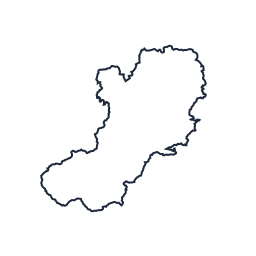 Trang Dinh, Lạng Sơn, Vietnam, rotated 291°
{"feature_id": "81297802B55237865359696", "entity_name": "Trang Dinh", "entity_type": "district", "adm_level": 2, "iso_a3": "VNM", "parent_name": "Vietnam", "parent_adm1": "Lạng Sơn", "projection": "albers", "projection_center": [106.413, 22.302], "detail": "fine", "context": "isolated", "style": "outline", "palette": "slate", "viewbox_px": 256, "rotation_deg": 291, "n_neighbors": 0, "source": "geoboundaries", "source_scale": "gbopen_adm2", "svg_char_len": 5855}
<svg xmlns="http://www.w3.org/2000/svg" viewBox="0 0 256 256"><g transform="rotate(291 128 128)"><path d="M143.2,186.5L144.7,187.6L146.3,187.9L147.1,188.5L148.9,189.3L149.3,191.3L150.1,191.8L151.5,190.4L153.3,189.8L154.1,189.8L155.7,188.6L156.1,189.2L157.6,189.3L158.1,189.8L159.7,190.3L159.9,190.5L160.2,191.5L161.1,191.9L161.1,191.0L160.5,189.4L159.2,188.5L158.9,188.1L158.9,185.0L158.3,184.0L158.4,183.6L160.8,185.8L161.1,185.3L161.7,185.1L162.1,184.4L161.9,183.0L162.2,180.9L162.5,180.6L163.6,180.0L167.1,179.1L167.5,179.3L167.9,180.1L169.1,180.1L170.0,179.8L172.9,180.9L174.9,180.7L175.5,181.4L178.0,182.3L178.5,182.3L179.1,181.9L180.3,182.0L181.8,184.0L181.9,184.6L182.5,184.9L182.2,185.9L182.7,187.3L183.8,187.3L184.3,188.1L185.1,188.8L186.8,188.8L187.2,188.3L186.7,186.3L188.1,185.7L188.2,184.9L189.2,184.2L189.5,183.6L189.8,183.4L190.4,183.5L191.5,184.5L192.2,183.3L192.2,182.2L192.7,182.1L193.6,182.5L194.5,182.5L194.6,183.5L195.0,183.8L196.6,184.6L197.6,184.6L199.8,182.6L200.5,181.5L200.8,180.5L202.1,179.9L202.9,180.2L204.3,179.8L205.3,178.8L206.3,178.4L207.0,176.8L207.5,176.3L207.8,176.3L208.8,177.6L209.2,177.9L212.4,176.2L212.7,175.9L211.9,174.3L213.3,174.2L215.1,171.4L215.9,169.1L215.9,166.9L218.0,167.5L219.1,167.4L220.5,166.9L221.9,165.9L222.6,164.4L222.5,162.5L222.7,161.4L223.0,161.1L223.9,160.7L224.1,160.3L224.0,157.7L221.3,153.9L221.1,152.6L220.1,151.7L220.3,149.8L219.1,147.9L219.4,145.4L218.2,143.1L217.4,142.7L217.8,141.1L218.6,140.2L219.3,140.1L219.9,139.2L219.8,137.8L219.3,136.7L217.5,135.3L216.9,133.7L215.7,132.7L215.0,132.7L213.2,133.9L212.0,134.3L211.4,134.0L210.7,132.9L210.7,132.0L212.2,130.5L212.6,129.7L211.8,128.9L210.4,128.5L210.5,127.4L211.3,124.4L208.3,120.7L206.9,117.6L206.9,117.2L208.0,114.8L206.7,114.5L206.2,113.3L205.2,112.6L204.4,113.1L203.8,112.8L200.9,112.8L199.2,112.5L198.0,113.6L197.0,113.6L193.2,115.4L192.2,114.0L190.3,112.5L189.7,113.3L187.6,113.3L187.1,113.6L186.2,113.3L184.8,113.1L182.4,112.1L181.5,111.0L180.3,112.5L179.2,113.1L178.2,112.5L177.7,111.7L177.3,110.4L176.8,110.0L175.1,111.9L170.9,108.9L174.2,105.5L176.5,104.8L176.3,104.2L175.9,103.9L176.0,103.2L175.5,102.4L175.2,100.9L177.8,100.3L179.2,99.0L180.5,98.2L181.3,96.6L181.5,95.8L180.6,94.2L180.3,91.0L180.0,90.6L177.3,89.5L176.2,87.3L175.0,86.7L175.0,86.1L174.3,85.3L174.1,84.2L173.0,83.0L172.7,81.3L171.5,80.0L169.8,80.1L169.0,80.8L167.2,80.3L165.9,80.7L163.0,80.9L162.6,81.2L161.8,81.1L161.0,82.9L159.2,83.6L159.7,83.8L160.4,84.7L160.7,85.6L159.8,85.5L158.7,86.9L157.5,87.0L156.0,89.5L154.6,89.3L154.3,88.8L153.3,88.3L153.1,87.8L151.9,87.9L150.4,86.7L149.4,87.1L147.7,86.8L146.7,87.7L145.3,88.1L145.0,88.4L145.1,89.3L146.4,89.6L146.2,90.8L144.7,91.6L143.2,91.8L142.6,92.6L142.7,92.9L144.9,93.6L145.1,95.0L144.6,95.7L143.5,96.3L142.1,96.9L141.0,97.0L141.7,98.0L144.6,98.4L144.7,98.9L144.2,100.2L144.1,101.2L143.7,101.5L142.0,101.8L139.9,103.4L139.0,103.3L138.2,103.8L137.0,103.9L136.3,105.1L134.6,104.6L134.0,105.3L132.9,105.2L131.3,106.1L130.7,106.0L129.2,105.3L127.7,105.1L126.5,103.5L125.9,103.7L125.0,103.3L123.9,103.6L122.3,105.2L121.0,105.1L119.9,104.7L116.9,100.8L116.4,100.6L113.4,101.0L111.9,100.7L111.2,100.3L110.7,99.5L110.2,99.3L107.6,101.6L106.8,103.0L104.1,103.7L103.5,105.0L99.5,105.5L98.5,106.0L97.5,106.0L96.8,105.7L96.4,104.8L94.3,103.9L92.9,101.3L91.8,100.8L91.4,99.9L90.7,99.6L89.8,98.6L90.8,97.1L91.1,95.4L90.6,93.8L91.1,92.1L89.8,91.3L89.1,90.0L87.2,88.3L86.7,87.6L87.2,85.3L87.1,84.9L85.9,83.9L85.1,83.7L84.8,83.8L83.7,85.0L82.2,85.6L81.5,85.6L79.8,85.0L79.1,84.5L78.3,83.4L76.8,82.2L75.7,80.7L74.7,80.3L74.3,79.5L73.1,78.4L71.6,78.7L70.3,78.2L69.8,77.6L69.2,74.0L68.9,73.4L67.9,72.8L67.4,71.2L66.0,69.6L64.8,69.4L64.0,68.3L62.9,68.4L61.7,67.8L61.4,67.3L60.4,68.6L59.4,68.5L58.4,67.0L57.6,66.9L55.8,65.4L53.9,64.9L52.2,64.1L51.4,64.7L50.1,65.2L49.6,66.2L49.1,66.6L45.6,66.7L44.7,67.5L43.5,68.1L42.4,69.7L41.5,72.3L40.7,73.0L39.7,73.3L39.5,73.6L39.8,74.3L38.0,75.8L37.7,77.2L37.2,78.1L37.6,79.1L37.4,79.8L34.9,82.4L34.7,84.1L35.1,85.6L34.7,86.2L34.0,86.7L33.3,88.1L32.7,88.6L32.9,90.2L32.6,90.8L32.7,91.5L32.3,93.3L31.9,94.0L32.3,94.7L33.0,95.1L32.7,96.8L33.8,98.0L34.2,98.3L38.0,99.4L40.6,101.4L41.4,104.0L43.4,105.3L44.2,106.4L44.4,107.7L44.9,108.7L44.8,109.6L43.3,110.6L42.8,112.0L41.8,112.5L40.8,113.9L40.8,114.7L39.6,116.0L39.3,117.5L37.9,119.7L37.9,120.8L38.2,121.9L37.4,123.3L37.3,123.7L37.8,125.1L38.7,126.2L39.3,128.1L40.4,129.3L41.9,132.7L43.6,133.7L45.2,132.7L46.3,133.9L46.6,135.8L47.7,135.8L49.1,136.8L50.4,137.3L54.0,141.6L54.2,142.5L54.1,144.6L54.9,146.2L53.4,149.5L54.5,150.1L56.7,150.1L58.0,148.2L59.4,148.1L60.9,147.3L61.4,147.4L62.9,148.3L64.4,148.2L66.0,149.1L67.2,148.9L68.2,148.4L69.7,148.7L69.7,147.8L70.0,147.6L72.4,148.1L73.4,147.0L73.2,145.9L73.6,145.4L73.9,144.3L74.6,143.9L75.3,143.8L76.3,144.7L77.6,145.4L77.3,148.2L77.7,148.8L77.7,149.3L78.1,150.0L78.5,151.2L79.4,152.3L79.8,153.3L81.5,152.9L85.0,154.0L85.6,154.9L86.5,155.1L87.4,155.8L88.2,157.2L92.1,156.8L93.9,157.1L97.9,156.7L98.8,157.0L101.3,157.1L102.1,156.2L102.6,157.5L104.2,159.0L105.3,158.7L106.6,158.7L108.1,159.5L109.5,158.8L110.8,158.8L111.5,159.2L111.5,160.2L113.3,160.5L114.0,160.9L114.6,162.1L115.6,163.1L116.1,164.4L115.7,165.4L115.6,166.3L115.3,167.2L115.5,168.4L116.2,169.8L115.2,170.4L115.5,171.7L116.6,172.7L116.8,173.5L117.3,174.4L117.2,175.0L118.8,177.5L119.2,178.9L119.2,179.6L120.0,180.7L121.4,181.8L121.9,181.9L122.4,181.6L122.8,179.9L124.4,179.7L125.5,178.9L124.7,178.2L122.8,178.0L122.7,177.0L123.1,176.3L122.2,171.3L123.2,172.1L123.7,172.8L124.8,173.4L125.2,175.0L126.0,175.3L127.3,176.5L128.5,176.9L129.3,178.3L129.4,179.5L131.0,180.1L131.2,181.5L131.9,182.6L132.7,183.1L132.2,184.3L131.8,184.7L131.9,186.2L133.0,187.0L132.5,188.1L132.8,188.7L135.0,188.1L137.1,188.5L138.3,188.5L139.1,186.3L140.0,186.4L140.8,185.8L142.2,186.5L143.2,186.5Z" fill="none" stroke="#1e293b" stroke-width="2"/></g></svg>